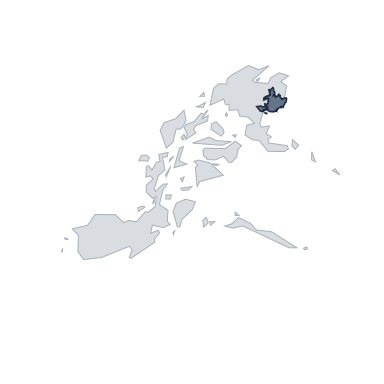 location of Maguindanao, Maguindanao, Philippines, rotated 248°
{"feature_id": "2640588B76798451045250", "entity_name": "Maguindanao", "entity_type": "district", "adm_level": 2, "iso_a3": "PHL", "parent_name": "Philippines", "parent_adm1": "Maguindanao", "projection": "albers", "projection_center": [124.09, 6.876], "detail": "fine", "context": "in_parent", "style": "filled", "palette": "slate", "viewbox_px": 384, "rotation_deg": 248, "n_neighbors": 0, "source": "geoboundaries", "source_scale": "gbopen_adm2", "svg_char_len": 8469}
<svg xmlns="http://www.w3.org/2000/svg" viewBox="0 0 384 384"><g transform="rotate(248 192 192)"><path d="M179.8,64.0L194.3,70.4L202.6,67.2L200.3,82.9L207.4,93.6L199.8,112.3L189.2,117.3L189.4,122.5L185.1,129.4L191.1,141.1L189.7,144.2L192.4,152.5L201.2,157.3L200.9,153.0L209.4,149.6L215.4,152.2L218.7,161.0L222.6,159.3L223.0,154.8L232.8,159.3L232.6,161.6L227.5,163.1L232.9,170.6L232.2,173.8L239.3,175.3L237.6,184.7L234.0,182.3L235.4,177.7L222.8,175.1L219.9,167.2L208.7,157.8L206.2,158.2L210.1,168.1L208.8,172.1L204.4,165.5L192.6,157.1L184.0,162.9L174.1,158.1L170.1,159.7L169.7,152.0L176.2,142.9L169.2,138.1L169.2,146.1L166.3,146.7L162.6,139.8L159.3,138.6L153.4,110.6L154.6,109.2L161.0,114.8L165.1,113.6L165.2,83.2L170.0,66.1L179.8,64.0ZM265.7,241.2L280.1,250.8L282.4,257.4L279.1,264.6L283.6,266.8L285.5,272.5L288.1,291.7L280.3,299.7L280.3,310.7L272.9,290.1L270.2,291.5L264.1,303.1L268.3,307.6L269.9,317.4L263.5,325.1L261.1,315.6L255.0,319.5L238.0,308.9L236.1,297.0L240.6,288.9L229.7,280.3L226.3,280.5L224.2,288.6L218.4,282.7L213.3,286.1L212.3,282.2L208.8,281.4L199.2,297.8L195.7,297.4L194.9,292.7L201.3,277.7L214.7,273.5L217.5,267.9L225.1,262.5L233.4,267.9L232.4,275.7L240.4,272.0L244.5,264.6L251.0,265.3L253.8,257.1L259.2,259.1L260.5,255.9L266.3,256.2L265.7,241.2ZM222.9,251.0L216.4,255.3L213.8,250.0L207.8,246.7L204.6,239.9L206.0,237.1L213.7,234.6L212.9,226.2L216.2,218.5L221.7,216.3L226.7,217.8L227.8,220.6L219.7,239.1L222.9,251.0ZM261.0,185.5L266.8,192.2L266.0,204.2L270.9,215.2L260.9,213.3L257.0,209.3L254.6,205.0L256.2,200.8L245.3,193.0L242.3,184.7L261.0,185.5ZM195.1,198.9L213.4,204.2L214.5,207.3L219.7,205.4L219.0,210.4L212.0,219.7L195.8,227.3L198.8,203.2L195.1,198.9ZM125.5,250.7L101.0,268.3L103.8,261.3L141.5,226.3L143.2,216.3L148.2,209.5L147.6,216.7L150.7,225.9L140.8,234.6L132.6,237.5L125.5,250.7ZM165.4,165.4L181.2,167.2L187.5,173.3L187.8,183.2L181.7,191.5L175.5,185.6L170.3,172.4L164.1,167.5L165.4,165.4ZM247.8,209.3L254.9,208.7L256.8,211.9L256.6,220.5L261.7,230.1L259.2,232.5L256.1,228.9L256.9,235.7L252.0,233.0L252.1,220.6L249.6,217.0L245.3,217.8L243.0,205.5L247.8,209.3ZM223.9,247.4L224.2,237.0L237.2,210.7L236.5,228.3L230.5,233.8L223.9,247.4ZM248.2,240.6L238.9,244.4L235.1,243.9L232.8,240.0L243.1,233.1L247.9,235.8L248.2,240.6ZM221.3,184.4L237.2,196.8L237.3,201.1L226.0,191.8L219.7,197.6L221.3,184.4ZM243.4,163.4L239.9,165.4L237.2,162.7L240.9,154.4L244.7,158.6L243.4,163.4ZM202.8,304.8L195.5,308.5L193.0,303.5L197.5,302.0L202.8,304.8ZM155.0,189.7L161.7,191.4L163.4,195.6L157.4,195.6L155.0,189.7ZM195.3,165.1L199.2,166.7L197.0,171.8L193.6,169.3L195.3,165.1ZM177.0,314.9L184.5,318.1L173.7,317.8L177.0,314.9ZM270.1,238.0L266.2,233.9L269.6,227.4L269.2,231.4L270.1,238.0ZM199.7,182.9L197.1,193.9L195.3,189.4L196.9,184.0L199.7,182.9ZM159.4,330.2L159.9,333.5L152.4,335.4L159.4,330.2ZM197.7,135.8L197.5,140.7L195.7,142.8L193.9,135.1L197.7,135.8ZM210.6,221.4L207.4,227.7L207.4,224.1L210.6,221.4ZM157.9,197.4L156.0,202.0L154.4,196.7L157.9,197.4ZM248.5,206.3L246.0,206.4L243.6,202.8L246.6,202.4L248.5,206.3ZM208.8,186.2L208.8,190.3L205.2,186.9L208.8,186.2ZM279.7,240.3L276.1,239.5L277.7,235.1L279.7,240.3ZM217.5,173.7L223.9,182.0L215.8,173.9L217.5,173.7ZM157.1,224.5L152.8,226.8L154.0,223.1L157.1,224.5ZM229.5,250.9L228.7,254.4L226.3,252.6L229.5,250.9ZM230.7,183.8L232.1,188.8L228.9,182.6L230.7,183.8ZM98.1,278.0L95.9,277.7L96.4,274.6L98.1,274.3L98.1,278.0ZM252.5,253.6L249.7,253.8L249.4,252.0L251.1,251.6L252.5,253.6ZM272.2,297.5L270.1,295.3L270.7,293.1L272.1,294.2L272.2,297.5ZM161.7,159.3L162.9,162.0L159.5,158.8L161.7,159.3ZM260.9,234.0L262.1,237.7L259.0,233.2L260.9,234.0ZM197.2,57.4L194.0,59.6L196.3,56.3L197.2,57.4ZM200.5,154.9L196.1,152.8L196.2,151.3L200.5,154.9ZM185.6,48.6L188.3,51.1L185.3,49.4L185.6,48.6Z" fill="#d9dde1" stroke="#a8b0b8" stroke-width="1"/><path d="M247.0,284.0L243.5,285.0L242.0,285.6L241.4,285.6L241.2,285.9L241.1,286.4L240.8,286.9L240.5,287.0L240.5,287.3L240.4,287.4L240.1,287.7L240.2,287.8L240.3,288.1L240.1,288.3L240.2,288.5L240.3,288.4L240.5,288.5L240.8,288.6L241.0,288.5L241.1,288.4L241.4,288.6L241.4,289.2L241.5,289.3L241.5,289.2L241.6,289.3L241.5,289.8L241.3,289.8L241.0,290.0L241.0,289.9L240.9,289.8L240.9,289.7L240.7,289.7L240.5,289.8L240.7,290.2L240.8,290.6L240.6,291.2L240.6,291.3L240.5,291.6L240.9,291.4L241.1,291.3L241.2,291.5L241.3,291.6L241.1,292.1L241.3,292.3L241.7,292.3L241.6,292.6L241.7,292.9L241.8,292.8L241.9,293.0L242.1,293.0L242.3,293.2L242.3,293.3L242.5,293.4L242.5,293.5L242.8,293.8L242.8,294.1L242.7,294.1L242.5,293.9L242.2,293.6L241.9,293.6L241.8,293.4L241.6,293.4L241.5,293.5L241.3,293.4L241.1,293.4L240.9,293.3L240.7,292.9L240.2,293.0L239.9,292.9L239.6,293.0L239.6,293.3L239.1,293.5L238.7,293.8L237.7,293.9L237.2,294.7L237.2,294.9L236.8,295.5L236.7,295.8L236.5,296.0L236.4,296.2L236.3,296.4L236.3,296.8L236.0,297.4L235.8,297.6L235.8,298.3L235.7,298.4L235.7,298.6L235.6,299.0L235.8,299.2L235.9,299.6L235.6,299.8L235.5,300.1L235.6,300.3L235.4,300.4L235.3,300.5L235.5,300.5L235.7,300.9L235.6,301.1L235.8,300.9L235.9,301.0L235.8,301.4L235.8,301.5L236.0,301.5L236.2,301.3L236.3,301.4L236.3,301.0L236.6,301.0L237.0,301.3L237.2,301.7L237.2,302.0L236.8,302.3L236.7,302.6L236.9,302.9L237.1,303.3L237.5,304.4L237.5,305.0L237.3,305.2L237.2,305.5L237.1,305.9L237.3,305.8L237.7,306.0L237.4,306.2L237.5,306.3L237.3,306.3L237.4,306.2L237.3,306.4L237.0,306.2L236.9,306.2L236.9,306.3L236.8,306.5L237.1,306.6L236.9,306.8L237.0,307.0L237.1,306.9L237.2,307.0L237.2,307.4L237.1,307.5L237.2,307.9L237.0,308.0L237.3,308.1L237.3,308.3L237.1,308.5L237.3,308.5L237.4,309.0L237.6,309.3L237.7,309.2L237.8,309.1L238.0,309.2L238.1,309.3L238.1,309.7L238.6,310.6L238.9,310.8L239.2,311.2L239.4,311.3L239.5,311.5L239.8,311.5L239.8,312.0L240.0,312.3L240.0,312.5L240.1,312.8L240.8,313.2L241.3,313.7L241.7,313.9L242.0,313.8L242.9,314.7L243.4,314.6L243.8,314.7L243.8,314.2L244.2,313.7L244.6,312.9L244.5,310.4L244.0,310.4L244.2,310.1L244.5,310.1L245.6,309.9L245.6,309.7L247.1,309.2L248.0,309.8L248.1,309.5L248.4,309.4L248.5,309.5L248.7,309.3L248.8,309.4L248.9,309.1L249.1,309.0L249.7,309.2L250.1,309.2L250.1,308.9L249.9,308.7L249.7,308.2L249.4,308.2L249.1,308.2L248.8,307.6L248.7,306.9L248.7,305.6L248.8,305.6L248.8,305.4L248.9,305.5L249.2,305.4L249.1,305.2L249.3,305.1L249.4,305.4L249.7,305.6L249.9,305.4L250.0,305.5L250.5,305.3L250.8,305.3L250.5,304.6L250.5,304.4L250.9,303.8L250.9,303.5L251.2,303.8L251.6,303.9L251.8,305.1L252.4,305.5L252.5,305.4L252.7,305.6L253.3,306.1L253.7,306.2L254.3,305.6L254.8,305.4L255.2,305.6L255.8,305.8L256.5,306.2L258.4,306.3L258.6,305.8L258.3,305.6L257.8,304.6L257.7,303.6L257.4,303.5L257.7,302.7L257.8,302.3L257.9,302.1L257.8,301.8L257.9,301.7L257.5,301.5L257.5,301.4L256.6,301.7L256.6,302.2L256.1,302.3L256.0,302.2L255.9,302.3L256.0,302.2L255.8,302.1L255.6,302.1L255.5,301.9L255.4,301.8L255.5,301.2L255.4,301.2L255.0,301.0L254.3,301.1L254.2,301.1L253.9,300.9L253.5,300.9L253.5,301.1L253.0,301.0L252.9,301.0L252.9,300.6L252.5,300.5L252.6,300.0L252.8,299.9L253.0,299.6L252.9,299.5L252.5,299.2L252.5,298.6L252.5,297.9L252.9,297.9L252.9,295.9L252.9,295.6L252.5,295.4L251.9,295.3L251.9,295.1L252.1,294.8L252.1,294.2L252.3,294.4L252.4,294.1L252.2,294.0L252.1,293.9L251.9,293.7L251.6,293.8L250.8,293.2L250.5,293.2L250.5,293.3L250.4,293.1L250.3,293.3L250.4,293.5L250.3,293.8L250.6,293.9L250.6,294.0L250.8,294.0L251.0,294.2L250.9,294.4L251.0,294.5L250.9,294.8L251.1,294.9L250.9,295.0L250.7,294.8L250.7,295.2L250.5,295.5L250.2,295.4L250.3,295.5L250.2,295.7L250.3,295.8L250.5,295.8L250.5,296.1L250.6,296.3L250.8,296.5L250.6,296.7L250.8,296.8L250.8,297.0L250.5,297.0L250.4,297.2L250.3,297.3L250.1,297.4L250.2,297.5L250.3,297.6L250.2,297.8L249.7,297.9L249.6,297.6L249.4,297.7L249.1,297.5L249.0,297.4L248.8,297.3L248.6,297.5L248.2,297.5L248.0,297.2L247.6,296.7L247.6,296.4L247.3,296.5L247.2,296.3L247.0,296.2L246.9,296.2L246.5,296.2L246.4,296.1L245.9,295.9L245.6,295.7L245.6,295.3L245.2,295.0L245.6,294.2L245.7,293.4L245.9,293.0L246.0,293.0L246.0,292.9L246.2,292.7L245.4,292.7L245.4,292.2L245.2,292.2L245.1,292.3L244.9,292.2L244.8,292.4L244.3,292.3L244.1,293.3L243.5,293.5L243.2,293.4L243.5,292.8L243.5,292.6L243.8,292.1L244.0,291.1L244.0,290.9L244.3,289.7L244.5,289.7L244.7,289.3L245.7,288.0L246.1,288.0L246.2,286.7L247.0,284.0ZM237.9,289.3L237.7,289.3L237.5,289.5L237.3,289.7L237.1,289.9L237.0,290.0L237.0,289.9L237.0,290.0L236.8,290.1L236.7,290.4L236.8,290.7L236.8,290.9L237.0,290.9L237.3,290.5L237.3,290.1L237.6,289.9L237.8,289.7L238.0,289.3L237.9,289.3Z" fill="#64748b" stroke="#1e293b" stroke-width="1.5"/></g></svg>